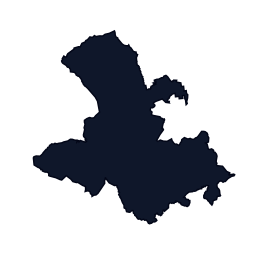 outline of Eloxochitlán, Hidalgo, Mexico, rotated 261°
{"feature_id": "50627088B56771810727616", "entity_name": "Eloxochitlán", "entity_type": "district", "adm_level": 2, "iso_a3": "MEX", "parent_name": "Mexico", "parent_adm1": "Hidalgo", "projection": "robinson", "projection_center": [-98.887, 20.743], "detail": "fine", "context": "isolated", "style": "filled", "palette": "ink", "viewbox_px": 256, "rotation_deg": 261, "n_neighbors": 0, "source": "geoboundaries", "source_scale": "gbopen_adm2", "svg_char_len": 5823}
<svg xmlns="http://www.w3.org/2000/svg" viewBox="0 0 256 256"><g transform="rotate(261 128 128)"><path d="M75.4,215.4L76.9,209.9L78.3,209.7L79.3,210.3L80.3,209.8L81.6,209.9L86.3,211.5L88.4,211.2L90.4,210.1L90.5,209.2L92.3,208.7L92.6,209.0L93.4,208.4L94.3,207.2L94.0,205.6L94.4,204.2L94.9,204.0L99.7,203.6L101.0,202.2L101.6,205.2L105.7,206.2L108.0,205.4L108.9,205.7L110.6,205.3L112.2,203.7L112.8,202.3L113.1,200.2L108.8,195.9L107.9,194.7L107.6,193.0L106.7,191.9L106.6,190.9L106.9,189.3L108.0,187.8L107.7,185.4L109.7,182.2L108.1,179.3L105.9,178.6L105.6,177.8L103.5,176.3L103.0,175.4L104.5,173.5L104.6,172.0L105.8,170.9L108.7,169.5L110.4,169.3L108.7,164.6L109.5,160.8L111.0,158.0L110.1,155.5L111.2,154.3L116.5,158.5L120.7,162.7L122.2,162.3L122.2,161.5L127.3,163.5L128.1,164.4L129.1,164.6L130.3,165.4L131.3,165.2L131.2,164.0L132.0,163.4L132.1,162.6L134.1,161.3L136.3,155.2L137.4,153.2L140.0,154.2L141.7,152.8L142.6,152.8L144.5,153.8L144.4,155.1L144.1,155.5L145.0,157.4L145.8,158.0L146.4,158.1L148.2,156.9L149.1,157.3L150.1,160.1L151.3,166.4L147.4,169.3L146.4,172.7L147.0,172.5L147.8,172.9L148.4,171.1L149.6,171.3L151.3,173.6L152.4,173.9L153.5,175.2L153.7,176.0L154.7,177.2L154.8,180.0L151.4,179.8L151.3,183.3L148.9,183.2L148.7,186.8L151.4,186.9L151.4,188.9L147.9,188.7L146.7,189.2L142.0,189.1L142.9,190.3L144.9,190.1L148.2,191.5L151.5,192.2L152.9,191.2L155.8,191.3L155.7,189.2L160.5,189.4L160.6,187.2L164.3,187.2L165.5,183.8L166.4,182.9L167.5,183.5L168.1,180.6L167.3,180.0L167.5,179.4L166.9,178.9L167.0,178.4L167.8,177.4L172.5,175.1L174.0,173.7L173.6,171.6L172.1,170.4L172.4,169.0L171.4,165.9L171.6,164.1L171.1,161.5L170.2,161.4L169.0,162.9L167.9,162.4L168.6,160.7L168.5,160.0L167.5,161.1L166.9,160.6L166.7,161.4L166.4,160.5L166.9,160.1L165.6,158.4L165.7,157.6L164.6,156.8L163.3,156.7L162.8,156.1L163.4,154.9L162.9,154.1L163.0,152.3L167.2,152.2L167.3,151.4L168.2,150.5L170.3,150.8L171.2,150.4L172.8,150.8L173.7,150.3L174.2,150.7L175.2,150.1L176.3,150.6L176.9,149.9L178.8,149.7L180.0,149.1L181.8,149.4L183.7,148.5L184.7,149.0L185.7,148.4L186.7,148.6L188.0,147.9L188.6,146.9L190.6,146.9L191.1,146.4L191.9,147.2L192.9,147.2L193.2,146.7L194.5,147.2L196.6,147.2L196.9,147.8L199.0,148.9L199.4,148.2L201.0,147.6L201.6,147.9L202.7,145.3L206.7,143.4L207.7,142.3L209.9,141.7L209.2,141.0L209.6,138.8L210.4,136.9L212.0,135.3L217.7,131.9L218.6,131.9L219.7,130.4L221.7,129.9L224.4,130.1L226.0,129.8L224.4,124.4L224.1,120.0L222.8,117.4L223.4,114.2L223.3,110.7L224.5,109.3L223.0,107.1L223.9,104.6L221.5,101.8L221.0,100.1L219.1,98.5L219.4,98.0L218.8,95.7L215.6,93.5L216.0,91.9L215.4,87.3L214.2,86.8L210.8,80.2L209.3,79.0L208.1,78.7L207.9,77.0L209.1,75.9L206.7,73.9L205.8,74.1L204.6,72.9L204.1,73.0L204.4,73.3L202.9,73.3L202.0,73.9L199.6,76.7L197.6,77.7L197.3,78.9L196.8,79.3L195.0,80.2L192.5,80.0L191.4,83.8L189.8,84.9L188.5,85.1L186.9,86.9L187.0,87.6L186.6,87.8L184.0,89.3L181.9,89.9L181.0,89.7L180.5,90.3L178.4,90.7L176.2,91.9L175.9,92.5L173.5,94.4L163.7,100.5L159.3,102.1L148.1,102.4L145.2,98.0L143.4,96.1L143.4,93.8L144.3,91.9L144.3,91.3L143.7,88.9L142.4,86.2L140.7,85.9L138.4,86.2L135.1,84.7L133.3,85.0L128.1,82.9L126.5,82.9L124.2,84.5L124.3,84.2L122.8,83.8L121.3,84.9L120.6,83.8L123.1,78.9L122.0,77.5L123.1,77.4L123.4,76.8L122.2,75.3L123.9,75.7L124.2,73.7L125.5,71.3L125.9,69.3L124.6,66.6L124.2,61.8L123.7,60.8L123.7,56.4L123.3,55.7L124.3,53.4L123.7,52.5L124.2,49.9L123.7,49.6L123.1,47.8L121.7,47.3L121.3,45.7L119.7,44.7L119.7,43.8L116.7,40.2L115.9,39.7L113.9,36.8L114.7,32.9L114.3,30.6L113.3,29.9L106.2,29.5L103.1,33.1L102.9,33.8L101.5,35.2L100.4,35.5L100.4,36.5L99.9,36.9L98.9,36.8L97.4,39.3L97.3,40.6L96.3,42.2L95.7,42.7L93.4,42.3L93.0,42.7L90.2,49.0L87.7,52.8L87.0,54.4L90.6,59.6L86.4,63.6L83.7,65.2L82.2,68.5L82.1,70.0L78.4,74.2L76.9,76.8L74.1,76.6L72.0,75.8L72.3,77.7L71.9,79.4L71.0,80.5L69.0,80.7L67.7,81.9L66.1,81.8L67.0,83.9L66.9,85.9L68.2,88.1L77.0,96.3L79.8,96.6L81.0,97.6L82.0,97.6L82.2,98.0L76.8,100.8L73.3,105.6L73.2,107.4L72.8,108.1L71.5,107.9L70.2,108.6L67.1,109.0L66.5,108.5L65.4,109.5L63.6,108.4L61.5,109.4L60.9,109.2L59.5,110.0L55.2,110.9L52.6,112.0L49.7,111.7L48.5,113.2L45.6,113.5L44.6,116.1L44.6,116.9L45.8,118.7L45.6,120.1L43.0,120.1L42.0,121.1L40.6,121.1L39.5,122.3L38.0,122.8L36.4,123.8L36.2,125.9L35.0,126.8L35.4,128.8L35.4,129.3L34.3,130.0L34.3,131.8L32.3,132.8L31.9,133.4L31.6,133.0L30.7,133.3L30.0,134.6L30.5,135.3L30.3,136.4L31.6,138.3L31.1,139.0L31.3,140.6L32.2,142.0L33.7,141.5L35.1,140.0L36.9,141.1L38.3,141.1L38.6,142.3L39.4,143.4L39.2,143.6L38.5,143.4L38.1,144.2L37.4,144.6L37.3,145.8L36.4,146.4L36.5,146.8L37.1,147.9L38.2,148.2L38.4,149.0L39.0,148.9L41.3,150.0L41.2,150.7L40.1,151.1L42.9,155.5L45.8,156.0L46.9,156.7L47.4,157.5L47.3,158.7L46.7,159.6L47.2,160.3L46.4,161.6L47.3,162.5L47.2,163.7L48.3,163.8L48.1,164.5L47.1,166.5L46.2,166.8L46.0,168.2L45.2,168.1L43.9,168.8L42.3,171.6L42.1,172.0L42.3,172.6L41.2,174.1L41.9,175.8L44.6,177.4L46.6,177.7L46.8,176.6L47.8,176.5L48.1,176.1L48.4,174.3L50.4,173.5L50.8,172.3L53.5,175.1L55.2,178.2L55.0,182.0L55.5,182.9L55.1,184.1L55.6,186.2L56.4,186.9L56.2,188.0L56.7,189.2L56.5,191.2L58.0,191.7L57.6,192.2L58.0,192.8L57.8,193.3L58.6,193.5L58.0,195.1L59.1,196.3L58.4,198.4L56.9,198.1L56.8,197.6L55.8,197.5L55.3,196.6L54.3,196.8L53.4,196.4L53.4,195.2L51.8,193.6L51.4,193.7L49.5,192.3L47.4,192.0L46.5,192.4L46.5,193.2L45.1,195.1L43.6,195.6L42.7,196.6L41.3,197.1L38.8,198.8L40.1,199.8L42.5,200.6L43.0,201.1L43.5,204.2L46.5,205.5L46.4,208.3L46.8,208.8L48.2,208.4L51.8,208.6L53.3,208.2L54.7,207.1L56.5,206.7L58.7,207.1L59.8,208.6L60.5,209.0L61.2,210.7L61.0,212.1L59.6,213.4L60.1,214.8L60.0,215.8L62.5,219.0L64.1,222.9L64.2,225.2L64.8,225.7L64.9,225.0L65.2,226.5L65.5,224.1L65.1,223.3L65.6,223.8L65.9,225.8L65.9,222.4L66.5,221.2L66.1,220.7L65.3,221.4L65.7,220.6L66.6,220.5L67.9,221.4L69.6,218.7L75.4,215.4Z" fill="#0f172a" stroke="#020617" stroke-width="1.5"/></g></svg>